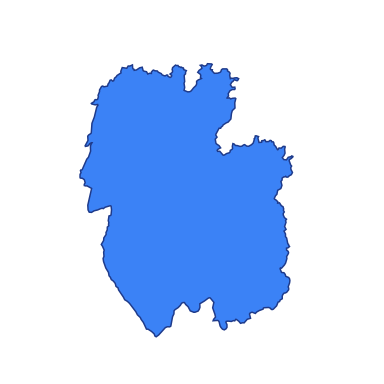 map outline of Qinghai (Equal Earth projection), rotated 250°
{"feature_id": "CHN-1151", "entity_name": "Qinghai", "entity_type": "Province", "adm_level": 1, "iso_a3": "CHN", "parent_name": "China", "parent_adm1": "", "projection": "equal_earth", "projection_center": [96.897, 35.43], "detail": "fine", "context": "isolated", "style": "filled", "palette": "blue", "viewbox_px": 384, "rotation_deg": 250, "n_neighbors": 0, "source": "natural_earth", "source_scale": "10m", "svg_char_len": 6008}
<svg xmlns="http://www.w3.org/2000/svg" viewBox="0 0 384 384"><g transform="rotate(250 192 192)"><path d="M125.1,89.5L127.2,89.7L129.3,88.3L132.3,88.6L135.1,87.7L137.3,86.2L139.8,86.1L141.6,85.4L145.0,86.0L150.1,85.0L156.8,85.1L159.9,85.7L161.7,87.3L165.7,88.4L167.4,89.6L171.8,89.3L173.7,88.8L176.7,92.4L179.0,93.4L181.5,96.8L183.3,97.3L185.4,99.4L188.0,100.4L188.7,102.2L190.2,102.5L191.8,103.4L193.7,103.5L197.9,105.8L197.8,107.6L198.4,108.2L202.8,110.3L206.2,111.1L206.8,110.9L207.1,110.1L207.4,105.2L206.7,102.9L207.4,102.1L207.6,100.5L207.4,97.3L207.8,93.6L207.2,90.6L208.2,88.5L210.7,88.2L215.3,89.6L229.7,98.9L233.6,95.5L234.1,94.1L234.9,93.0L236.1,93.4L237.3,94.8L240.5,95.0L242.4,93.6L243.3,91.8L244.2,91.8L246.9,92.9L248.1,94.3L250.3,94.5L250.7,95.0L250.4,95.9L250.7,96.6L258.8,104.3L260.1,106.6L265.1,110.7L269.2,112.0L270.9,113.0L272.5,114.9L272.7,114.4L272.4,112.3L271.6,111.5L270.9,109.9L271.3,107.4L272.0,107.4L276.0,111.9L280.1,113.1L280.9,114.3L281.6,117.1L282.3,117.7L290.8,121.5L295.9,125.9L304.2,131.4L305.7,133.3L306.5,133.3L307.0,130.8L309.1,127.8L309.7,127.7L310.4,130.9L311.6,131.9L311.9,132.7L311.3,134.1L311.4,135.0L313.5,136.6L315.0,136.8L317.9,139.4L319.5,140.0L322.1,143.1L322.1,144.4L321.0,145.2L320.4,148.8L322.2,150.1L323.1,151.5L325.0,153.2L325.0,154.4L323.3,155.4L323.4,156.5L325.5,158.2L326.3,160.4L327.1,161.3L328.2,166.0L329.8,166.4L332.8,169.0L330.6,173.0L332.2,175.1L331.6,176.7L331.8,179.5L328.9,178.7L327.9,178.7L327.1,179.5L326.1,179.3L325.7,181.6L326.6,185.3L326.3,187.9L322.8,187.6L321.9,188.3L320.6,190.4L318.0,190.8L318.1,192.7L317.3,194.4L318.5,194.8L319.7,196.8L319.7,197.6L318.6,198.6L317.6,200.8L316.1,201.3L313.8,203.6L312.3,204.0L310.7,205.7L310.3,206.7L310.6,208.2L310.2,209.1L309.0,209.0L307.1,210.6L307.2,211.5L307.9,212.5L308.8,212.8L310.0,211.7L310.4,211.7L310.9,213.7L311.4,214.6L312.4,215.2L313.8,215.2L315.5,216.3L316.9,219.9L316.1,220.8L315.7,222.1L314.3,222.4L313.8,223.4L312.9,224.0L312.9,224.9L312.0,225.3L311.7,226.2L311.1,226.4L309.9,226.0L308.0,228.2L306.9,227.0L305.2,226.3L304.4,224.7L303.5,224.3L298.3,222.9L296.9,221.7L292.8,220.9L290.2,219.3L287.5,222.3L287.0,224.3L287.3,225.8L289.4,229.2L290.6,232.0L291.9,233.3L294.5,234.2L295.2,236.2L295.4,239.7L296.6,239.1L298.6,240.1L299.7,240.1L302.5,238.3L303.9,240.3L304.8,243.6L306.7,243.8L308.2,243.1L308.0,244.8L306.4,246.2L306.0,247.2L306.0,249.0L307.3,250.4L305.6,254.3L304.9,254.6L303.1,252.4L301.4,251.3L300.6,251.4L299.9,252.9L298.9,252.3L295.9,253.6L294.9,256.6L294.8,259.2L295.2,260.2L296.9,261.6L297.2,263.0L295.9,266.6L295.0,267.2L293.6,266.8L292.2,267.9L290.6,268.4L288.8,267.3L285.4,266.8L285.5,267.9L284.8,269.3L284.6,271.2L284.0,273.3L282.5,274.6L281.1,272.9L281.4,272.0L283.1,270.1L281.9,268.3L281.5,266.8L279.6,264.7L276.6,265.6L275.9,268.1L274.2,267.8L273.7,267.1L274.5,264.9L274.2,262.4L272.1,259.7L269.8,259.2L268.5,257.2L268.2,257.1L267.6,259.4L266.3,260.1L266.2,262.2L265.5,264.7L264.8,265.1L261.2,262.7L256.2,261.1L254.8,257.9L254.3,257.4L252.2,255.9L247.3,253.5L245.3,249.8L245.3,248.1L244.4,244.2L243.6,243.4L242.9,241.5L242.1,240.7L242.7,239.3L238.2,234.3L237.3,233.8L235.0,234.3L233.7,231.9L229.7,231.2L228.9,231.4L226.3,233.3L223.7,234.0L223.3,231.1L222.6,229.9L221.4,230.0L220.8,232.0L215.9,233.9L215.7,235.3L216.3,237.4L216.1,240.6L216.8,241.6L218.0,242.2L218.4,244.3L219.0,245.0L221.1,245.5L223.5,247.0L222.7,248.0L220.9,248.7L220.1,250.5L218.4,252.7L218.0,254.5L218.6,256.6L218.5,257.7L216.4,259.1L215.6,260.8L216.1,264.1L217.1,266.3L219.9,268.4L220.7,268.5L221.1,269.4L223.1,270.7L222.8,271.6L221.3,273.5L220.2,272.4L215.6,271.9L214.9,274.4L216.3,275.1L215.9,277.0L216.2,278.1L215.6,278.6L214.2,278.5L213.9,278.9L213.2,281.3L213.8,283.1L213.1,284.1L211.9,284.1L211.4,285.4L210.7,285.7L208.0,285.3L206.2,286.2L202.5,286.8L202.4,287.3L203.6,288.8L202.7,290.9L203.7,293.3L203.0,294.9L202.5,295.0L200.6,293.7L196.7,292.7L195.0,291.1L193.4,288.6L191.1,289.3L189.9,291.7L191.7,294.3L191.4,297.0L191.8,298.1L190.9,299.0L190.4,298.7L189.5,296.6L189.2,294.7L188.2,294.0L183.7,294.0L182.3,294.5L181.1,293.1L179.4,292.7L176.0,293.1L174.3,291.3L174.0,289.1L173.2,287.2L173.6,286.0L174.7,285.4L174.4,284.7L174.8,283.3L174.2,281.4L172.5,280.8L171.5,279.2L167.5,278.8L165.2,277.0L164.8,276.5L164.3,273.1L160.7,270.9L160.0,269.3L157.8,267.1L157.1,267.1L155.8,268.2L153.5,269.3L152.3,268.7L151.9,270.5L148.5,271.3L147.1,272.5L144.9,272.4L143.3,271.6L141.7,271.9L140.6,270.4L139.2,269.9L136.3,270.1L134.1,271.5L133.1,270.1L131.4,270.0L127.9,267.2L124.7,267.6L123.8,265.1L120.6,265.5L118.1,264.6L116.4,265.2L110.6,264.3L109.8,264.8L109.0,264.6L107.4,265.0L106.7,263.1L106.9,261.6L105.0,261.0L103.5,262.0L102.3,262.1L101.2,261.5L98.9,258.8L97.0,258.4L93.3,255.7L91.9,254.0L89.9,250.3L89.8,249.8L90.4,249.1L89.8,248.5L85.8,248.6L84.7,250.8L82.8,251.4L80.7,251.3L78.6,253.6L77.2,254.0L75.3,253.7L73.2,252.6L69.9,249.9L68.6,250.0L67.1,249.4L65.4,246.7L65.2,245.2L65.5,244.0L64.6,242.3L63.3,241.2L60.8,240.3L60.4,238.0L59.1,236.8L59.1,235.2L56.1,232.6L54.1,228.4L54.0,227.5L54.5,226.4L56.0,225.9L57.3,224.5L58.6,220.1L58.5,219.4L57.6,218.7L57.6,214.7L57.1,211.7L56.2,210.0L58.3,207.6L58.6,206.6L58.3,205.0L57.7,204.3L53.3,203.8L53.5,200.4L51.2,196.2L51.8,195.0L52.0,192.7L54.7,191.7L57.2,190.0L57.4,189.5L56.3,188.1L57.0,186.8L56.9,184.7L58.4,181.6L58.7,179.9L58.0,179.3L55.4,179.5L52.9,178.6L51.8,177.2L51.4,175.2L52.7,173.7L54.8,172.9L56.5,172.6L60.9,173.1L62.1,172.7L62.6,172.0L63.8,167.8L65.0,168.8L66.4,171.3L69.3,171.7L76.1,171.8L80.8,174.8L86.2,172.9L86.6,172.4L86.7,171.0L85.3,166.3L84.3,161.1L80.9,160.0L79.3,158.7L78.0,157.0L78.0,153.7L78.4,152.5L80.9,149.7L85.6,149.1L88.4,147.6L90.7,147.1L91.2,145.7L91.0,144.1L89.5,142.3L88.1,139.4L87.2,135.7L86.5,134.5L83.6,133.3L81.5,131.1L73.2,126.2L72.9,125.0L73.8,122.8L73.7,120.6L69.0,111.7L68.2,108.8L69.3,107.9L71.7,107.9L74.9,106.2L78.1,103.8L78.7,102.3L86.0,101.7L89.8,100.6L91.7,100.5L95.3,98.7L98.6,98.3L108.7,95.2L111.3,93.9L113.8,91.9L116.6,91.6L125.1,89.5Z" fill="#3b82f6" stroke="#1e3a8a" stroke-width="1.5"/></g></svg>